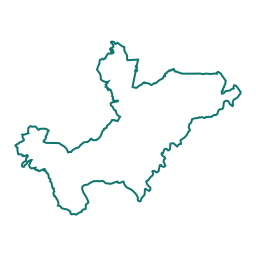 the district of Tlacuilotepec, Puebla, Mexico
{"feature_id": "50627088B24502383873446", "entity_name": "Tlacuilotepec", "entity_type": "district", "adm_level": 2, "iso_a3": "MEX", "parent_name": "Mexico", "parent_adm1": "Puebla", "projection": "orthographic", "projection_center": [-98.017, 20.381], "detail": "fine", "context": "isolated", "style": "outline", "palette": "teal", "viewbox_px": 256, "rotation_deg": 0, "n_neighbors": 0, "source": "geoboundaries", "source_scale": "gbopen_adm2", "svg_char_len": 5771}
<svg xmlns="http://www.w3.org/2000/svg" viewBox="0 0 256 256"><path d="M100.1,59.7L99.5,61.3L99.4,63.7L98.2,66.0L97.0,69.6L100.3,74.2L100.7,76.5L100.8,79.4L102.4,80.7L105.6,82.1L107.3,82.0L108.3,81.6L106.7,83.9L105.6,84.6L107.1,87.2L106.2,87.3L107.2,88.0L107.8,89.6L108.4,89.3L108.5,88.7L109.4,89.3L109.4,90.0L110.4,89.7L110.7,90.0L110.7,90.5L111.4,91.3L111.6,92.9L112.0,93.6L112.3,95.1L112.1,96.2L112.4,96.3L113.1,97.4L112.7,98.8L113.1,99.0L113.2,100.2L115.1,100.9L116.8,100.6L117.9,100.7L117.9,101.1L117.0,101.5L112.4,102.4L111.0,103.0L110.6,103.5L110.9,105.4L112.8,107.0L113.8,109.4L115.0,110.4L115.8,110.6L116.2,112.6L117.0,114.5L118.9,116.2L120.1,116.7L117.6,121.1L116.5,120.6L115.5,120.8L114.8,120.2L113.1,119.9L111.9,120.1L111.6,121.2L109.2,124.1L106.8,125.9L106.9,127.1L106.5,127.8L104.0,128.8L104.1,129.7L102.6,130.9L100.8,135.7L99.1,138.0L96.5,140.0L93.5,140.3L91.7,139.5L91.6,138.8L90.8,139.0L89.9,139.6L89.7,140.5L88.1,141.4L87.6,142.1L86.4,142.0L83.8,142.4L80.7,144.9L78.5,147.6L76.2,148.0L74.2,149.1L72.2,150.5L71.2,152.0L69.1,152.0L68.1,152.4L66.8,149.2L66.2,148.5L64.1,146.3L63.1,146.0L62.1,145.0L60.9,144.5L59.1,143.1L46.3,142.9L43.6,141.7L43.7,140.7L45.5,139.0L46.0,137.4L45.7,136.5L47.3,133.9L47.6,131.9L48.7,130.8L48.5,130.4L46.3,129.0L44.3,128.6L39.8,128.9L39.0,129.7L38.2,129.8L36.3,127.3L35.3,126.5L31.9,126.7L30.3,126.1L28.7,127.6L28.3,128.2L28.1,133.1L28.3,133.3L23.7,134.8L22.8,134.5L22.2,134.6L22.6,135.2L22.5,136.9L22.9,138.1L23.9,139.3L23.7,140.4L20.8,142.2L19.7,142.3L18.6,143.5L16.3,144.7L15.4,145.5L16.6,146.8L16.6,147.4L17.5,147.7L17.4,150.3L18.3,154.3L21.3,154.3L22.7,155.2L22.6,156.1L22.9,156.2L24.4,156.1L26.3,155.3L27.4,155.2L27.8,155.8L27.4,157.2L26.7,157.3L26.1,158.4L26.1,160.8L23.9,162.0L22.3,163.6L22.0,165.5L22.2,166.4L23.2,166.9L24.0,166.8L24.8,165.2L26.5,164.0L26.9,162.9L27.7,162.0L29.1,160.8L31.2,159.9L31.7,160.0L31.1,161.1L30.5,161.5L30.2,162.8L29.0,165.3L29.8,167.0L30.8,168.1L31.7,168.4L35.5,167.7L35.0,169.2L35.4,169.2L36.4,170.1L37.1,169.8L38.1,170.3L38.2,170.8L39.4,171.1L43.9,169.0L44.7,169.1L44.9,169.5L44.6,169.9L43.8,169.7L44.0,170.5L44.7,170.9L45.5,170.9L46.3,171.6L46.6,173.0L47.2,173.1L48.3,174.3L48.8,177.7L49.3,178.5L50.4,179.2L50.2,181.4L51.0,182.0L51.6,183.3L52.4,187.7L53.0,188.4L53.6,188.2L53.9,188.7L53.6,189.6L54.3,191.5L53.8,192.0L53.4,193.3L53.7,194.7L54.3,195.5L54.3,196.0L55.0,196.1L55.2,196.9L56.1,197.5L56.4,198.7L57.3,199.7L58.4,202.7L58.4,204.3L57.9,205.6L60.1,206.1L60.9,206.9L61.3,207.8L62.5,208.5L66.9,209.4L68.7,210.2L70.4,211.7L70.5,213.5L71.3,214.3L74.5,214.0L75.6,214.5L76.4,214.5L79.3,212.6L81.6,211.9L81.6,211.0L83.4,209.4L84.9,209.2L85.8,208.7L85.7,205.1L87.2,203.4L88.3,202.8L88.4,202.0L86.9,198.3L83.2,192.1L82.3,189.2L82.1,187.7L82.4,186.7L84.2,185.2L87.7,184.6L89.9,183.0L93.9,181.1L100.7,181.2L102.2,180.8L103.6,181.3L105.0,182.7L106.2,183.4L107.8,183.3L109.8,183.9L112.2,183.4L113.2,182.9L117.2,181.6L117.5,181.6L117.7,182.4L118.3,182.9L120.6,182.7L123.2,181.5L123.7,181.9L123.9,183.2L124.7,184.9L126.6,187.3L131.8,189.9L135.5,193.5L137.6,196.8L137.9,197.5L137.7,199.7L138.1,200.6L138.9,201.2L140.3,201.3L140.9,200.5L141.2,198.6L144.6,194.7L144.9,190.0L145.2,188.9L145.5,188.8L149.1,191.0L150.4,189.6L150.3,187.4L148.6,186.2L147.5,184.8L146.6,183.0L146.3,181.5L146.6,180.9L147.7,180.7L149.4,178.8L149.8,177.8L152.7,175.2L153.1,173.8L152.4,171.4L152.8,171.0L153.7,170.8L154.6,171.1L156.1,172.3L157.2,172.2L158.1,171.7L158.6,171.0L159.8,165.3L160.9,165.0L161.7,166.2L163.8,166.9L164.3,166.8L165.4,165.6L163.5,161.3L164.1,159.4L165.0,158.5L165.0,157.8L164.5,157.1L162.3,155.6L161.5,154.2L161.7,153.2L162.9,153.3L164.1,150.0L164.7,149.0L165.3,148.8L167.0,149.2L168.0,150.4L168.5,150.4L169.4,149.9L170.1,148.6L170.3,144.1L170.6,143.6L173.4,143.2L177.2,146.5L178.4,144.9L179.2,144.3L181.0,143.9L180.5,140.4L181.0,139.7L182.6,138.9L184.7,137.4L186.9,134.7L188.5,131.7L189.9,130.3L189.6,129.1L188.7,127.7L189.1,125.1L189.5,124.1L191.1,122.7L192.1,119.2L194.0,118.5L198.3,117.9L199.6,117.2L200.5,117.5L202.2,117.1L204.0,118.0L204.8,118.0L206.1,116.9L207.5,117.1L208.6,116.8L211.2,116.9L214.0,115.0L215.8,115.1L217.4,113.9L217.9,111.9L218.9,109.9L219.7,109.4L221.9,109.1L222.7,108.6L223.4,106.5L223.8,102.6L224.6,101.3L227.0,100.7L228.3,101.2L229.9,104.1L232.4,106.1L233.1,105.2L232.7,103.5L232.9,101.6L233.8,99.6L236.4,98.3L238.2,96.7L238.9,95.3L240.4,93.7L240.6,92.1L237.2,87.1L235.9,85.7L234.2,85.2L233.5,87.1L233.4,88.1L233.7,88.5L231.2,89.3L230.1,90.5L225.9,91.0L223.6,93.3L221.9,93.6L221.8,91.3L222.5,91.1L222.9,90.4L222.7,89.5L222.9,88.8L224.1,87.1L224.3,85.6L225.3,84.2L225.5,81.6L225.8,80.9L221.8,75.3L220.9,73.6L218.9,72.3L217.8,71.9L216.7,72.9L216.8,73.8L215.0,73.5L210.9,74.0L206.6,73.6L204.2,73.8L203.6,74.2L200.2,73.6L182.2,73.7L175.6,71.4L174.8,71.5L173.9,69.1L173.5,68.9L172.4,69.9L171.2,69.7L170.7,70.6L169.2,70.4L169.0,71.1L167.1,72.0L166.6,73.2L165.2,73.6L164.8,74.5L165.2,75.6L165.0,76.3L163.9,76.1L162.7,78.5L159.6,80.0L155.6,83.3L154.4,83.1L152.3,84.6L151.1,85.0L149.0,83.5L148.2,83.6L146.4,83.0L144.8,83.0L144.7,82.5L144.3,82.4L142.6,83.3L142.4,84.0L141.3,84.7L139.5,85.5L136.6,87.8L135.6,87.8L132.9,87.1L132.5,86.9L135.5,72.1L135.3,71.8L136.8,71.1L137.0,70.7L136.0,70.8L135.4,70.1L137.1,68.0L136.6,67.0L135.7,66.7L136.0,65.9L136.7,66.0L138.1,59.6L127.5,60.2L127.1,59.2L127.1,55.5L124.4,50.8L124.2,46.9L122.2,46.3L117.5,42.8L116.2,43.8L115.5,43.9L114.9,43.6L114.4,42.3L112.2,41.5L111.1,41.8L111.0,42.6L113.0,44.6L113.5,46.3L113.3,47.0L110.6,48.3L110.2,48.6L110.1,49.4L112.1,49.5L112.8,49.8L112.8,50.1L111.4,50.4L111.1,50.8L111.1,51.9L111.5,52.0L113.2,51.8L113.5,51.9L113.5,52.5L113.0,53.1L111.9,53.5L108.1,53.5L107.6,54.5L106.6,55.6L106.1,57.0L105.5,57.3L105.4,58.3L103.6,59.4L102.6,58.6L101.3,59.6L100.1,59.7Z" fill="none" stroke="#0f766e" stroke-width="2"/></svg>